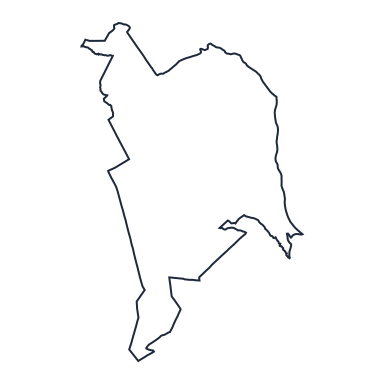 outline of Kinangop, Central, Kenya
{"feature_id": "3690345B46347977633631", "entity_name": "Kinangop", "entity_type": "district", "adm_level": 2, "iso_a3": "KEN", "parent_name": "Kenya", "parent_adm1": "Central", "projection": "orthographic", "projection_center": [36.624, -0.731], "detail": "fine", "context": "isolated", "style": "outline", "palette": "slate", "viewbox_px": 384, "rotation_deg": 0, "n_neighbors": 0, "source": "geoboundaries", "source_scale": "gbopen_adm2", "svg_char_len": 5917}
<svg xmlns="http://www.w3.org/2000/svg" viewBox="0 0 384 384"><path d="M275.6,160.1L275.5,158.6L275.6,157.0L276.0,155.3L277.0,152.1L277.3,150.5L277.4,148.8L277.1,145.5L276.6,142.5L276.6,141.3L277.1,137.6L277.2,136.1L277.6,134.7L277.8,132.3L278.0,131.0L277.9,128.5L277.6,126.5L276.9,124.7L276.5,124.1L275.9,122.4L275.1,117.3L274.8,114.1L274.7,112.4L274.9,110.6L275.3,109.0L276.5,105.1L276.8,102.4L276.7,100.2L276.4,96.7L275.7,96.4L272.0,93.4L270.6,92.0L270.1,91.4L265.6,85.4L262.7,81.4L262.0,80.0L261.2,78.5L260.7,76.9L260.3,76.0L259.8,75.4L256.1,71.7L248.8,67.0L246.9,65.4L246.4,64.4L245.7,63.5L244.9,62.8L243.9,62.4L243.2,61.7L242.2,60.1L241.9,59.2L241.1,57.7L240.3,55.7L239.5,55.1L238.9,54.9L237.3,54.4L236.4,53.9L234.6,53.5L233.7,53.5L230.8,54.3L230.1,54.0L226.8,53.5L225.5,52.6L225.0,52.0L224.8,51.3L224.3,50.7L223.1,49.8L222.4,49.6L221.1,48.5L219.9,47.9L218.9,47.6L218.0,47.6L216.2,47.2L215.3,46.7L214.5,46.1L211.9,44.7L211.2,43.9L210.4,43.6L209.4,43.8L207.8,45.1L207.7,46.6L208.0,47.4L207.6,49.0L206.2,49.5L204.9,50.1L204.0,49.9L203.0,49.5L202.3,49.1L201.4,48.8L200.4,48.9L200.2,49.6L200.4,50.3L200.9,51.1L201.0,51.9L200.8,52.8L199.8,53.6L197.2,54.9L193.6,55.9L189.3,57.3L187.0,57.9L185.1,58.6L183.7,59.1L179.5,61.0L178.7,61.5L178.1,62.3L176.2,64.3L174.8,65.5L168.4,70.9L165.7,72.3L164.9,72.6L163.0,73.8L161.6,73.7L160.7,73.7L159.8,74.0L158.9,74.4L157.6,75.3L156.7,74.9L156.0,74.2L155.4,73.4L153.0,69.9L152.4,68.9L152.1,68.1L151.4,67.6L150.6,66.4L146.4,60.4L143.1,55.2L137.0,46.7L127.4,32.7L127.1,32.0L129.5,28.9L129.9,27.7L129.3,26.7L128.7,26.0L126.5,24.8L125.3,24.4L124.4,24.6L121.9,23.6L120.8,23.3L118.5,23.0L117.6,23.7L116.7,24.1L115.9,24.3L114.1,25.1L114.0,26.4L114.1,27.3L114.4,28.2L114.0,29.0L112.9,30.3L110.8,31.9L109.1,33.1L104.7,40.8L89.6,40.9L85.4,39.7L82.9,44.8L82.3,45.1L81.7,45.6L81.5,46.5L83.4,46.3L84.4,46.5L85.0,47.0L85.8,47.1L86.8,47.4L87.5,47.3L88.3,47.8L89.2,48.7L90.2,49.1L90.9,49.8L91.8,50.1L92.2,50.8L92.3,51.5L92.8,52.0L93.6,52.0L94.1,52.6L94.4,53.4L95.3,53.8L96.1,54.0L96.7,54.3L98.2,53.7L98.6,54.6L99.6,54.1L100.6,54.5L101.8,54.4L103.0,55.0L103.9,55.1L104.6,55.3L105.5,55.1L106.5,55.5L108.0,55.7L108.9,55.6L110.2,55.1L112.8,55.9L100.2,81.0L100.2,82.0L100.0,83.4L100.4,84.2L100.6,85.2L100.1,87.3L100.6,89.1L100.4,89.9L100.5,90.6L100.9,91.2L101.6,91.9L101.9,92.7L103.4,94.3L104.3,94.7L107.2,95.3L106.5,96.4L105.7,97.0L104.9,97.8L103.9,98.6L104.0,100.2L104.3,101.3L107.4,103.4L108.3,104.3L109.1,104.9L110.2,104.9L110.9,105.6L111.4,106.4L111.4,107.4L111.6,108.4L112.1,110.5L112.9,112.3L113.1,113.4L112.9,114.9L113.1,115.8L112.9,116.5L108.5,119.8L117.1,136.5L129.1,159.2L114.9,167.8L108.2,170.8L108.3,171.6L111.2,177.6L115.6,185.7L116.3,187.3L117.4,190.5L121.8,206.8L122.8,210.0L124.4,216.2L125.0,218.1L125.8,220.9L126.2,222.8L128.0,230.1L128.9,233.5L130.3,238.3L131.4,243.4L133.0,249.0L134.4,255.3L136.6,264.0L137.6,267.7L139.5,275.5L140.8,280.5L142.5,286.2L142.9,287.1L143.5,288.0L144.7,290.0L136.7,301.5L137.1,308.4L138.1,315.4L138.5,317.7L137.2,321.8L136.1,326.1L132.2,339.7L131.7,341.8L129.2,349.5L138.3,361.0L139.3,360.3L144.8,357.0L147.2,355.4L149.6,354.1L151.9,352.9L153.9,351.6L153.1,350.5L152.3,350.3L151.4,350.3L150.5,350.1L148.7,349.6L147.3,349.0L146.6,348.8L146.2,348.1L146.8,347.2L148.6,345.0L149.3,344.4L153.1,342.0L155.7,340.2L157.6,338.9L159.5,337.4L160.8,336.1L161.6,335.5L162.3,335.3L164.4,334.8L167.0,333.4L168.4,332.5L169.9,332.1L171.2,329.7L172.4,327.4L173.1,325.6L175.4,320.4L177.2,316.9L177.7,316.1L177.9,315.3L179.6,311.6L180.4,310.0L180.6,309.1L180.1,308.4L179.6,307.5L175.0,300.9L174.0,299.5L171.7,296.4L170.7,288.5L170.6,287.5L170.4,285.6L169.6,280.3L169.3,277.4L176.8,278.1L181.5,278.6L183.1,278.7L184.5,279.3L187.3,279.6L190.4,279.9L192.2,279.8L197.0,280.4L199.5,280.5L199.3,279.3L199.2,277.3L206.4,270.4L208.9,268.2L212.1,264.6L223.5,254.0L227.3,250.6L228.8,249.0L234.7,243.7L239.4,239.0L241.1,237.5L243.1,235.8L245.1,234.2L246.0,232.8L244.9,232.0L244.1,231.7L243.2,231.6L240.8,230.5L239.6,230.3L237.7,230.3L236.5,229.4L235.3,228.8L234.2,228.2L233.3,227.9L231.8,227.6L230.1,227.9L228.9,227.9L227.0,228.5L225.7,229.4L224.8,229.6L223.5,229.1L222.7,228.3L222.0,228.0L220.4,228.2L219.6,228.0L227.8,220.5L229.0,221.2L230.1,222.1L230.8,222.9L231.6,223.4L233.9,223.0L234.7,223.1L235.4,223.5L237.3,220.8L238.2,219.7L239.0,218.8L239.8,218.1L243.2,215.8L244.1,215.1L245.4,216.0L246.2,216.4L251.0,217.7L252.0,217.9L252.8,218.0L254.0,218.3L255.6,218.9L256.5,219.4L257.6,219.8L258.4,220.4L258.7,221.2L259.5,222.4L260.4,223.3L261.1,223.9L262.5,224.7L263.0,225.4L264.5,226.9L264.9,227.9L265.0,228.6L265.8,229.2L267.7,231.2L268.5,232.1L269.3,233.3L270.1,235.1L270.6,235.7L271.8,236.0L272.7,236.5L273.3,237.8L274.0,238.1L275.6,237.3L276.0,237.9L276.3,238.9L277.4,240.7L278.2,241.3L278.5,241.9L278.7,243.0L279.3,243.5L280.3,243.7L280.1,244.5L279.6,245.2L279.8,245.9L280.4,246.3L281.3,246.2L282.0,246.6L282.3,247.5L283.2,248.2L282.9,249.0L283.5,250.1L284.6,250.6L284.8,251.4L285.5,251.9L285.9,253.1L286.8,253.4L286.5,254.1L286.3,255.1L287.4,256.3L288.0,257.2L289.5,258.2L289.8,257.5L289.4,256.7L289.3,254.8L289.5,251.3L289.8,250.4L290.0,249.6L290.3,248.8L290.7,247.6L291.2,245.3L291.1,244.2L290.5,243.5L289.8,243.0L289.3,242.3L288.3,240.8L287.9,239.9L287.7,238.8L287.5,236.8L287.0,233.7L288.0,233.6L288.7,234.4L289.9,236.3L291.0,237.6L291.8,236.7L293.1,235.1L294.8,234.3L296.7,234.0L298.7,234.2L299.7,234.4L300.9,234.6L301.9,234.5L302.5,234.2L302.0,233.8L298.3,230.7L295.9,228.5L294.7,227.3L292.3,224.3L290.2,221.6L289.2,219.4L288.8,218.8L288.4,217.9L287.4,215.4L286.0,210.9L285.7,209.6L285.2,207.1L284.8,204.6L284.7,203.1L284.7,201.2L284.9,200.0L284.9,198.7L284.2,193.8L283.9,192.6L283.8,191.8L282.4,188.6L281.5,185.8L281.5,185.1L281.6,184.1L281.6,183.1L281.6,179.5L281.5,178.4L281.6,176.2L281.4,175.2L281.1,174.1L280.4,172.6L278.5,169.6L278.2,168.9L277.8,167.9L277.6,164.8L277.1,163.5L276.5,162.6L276.1,161.9L275.6,160.1Z" fill="none" stroke="#1e293b" stroke-width="2"/></svg>